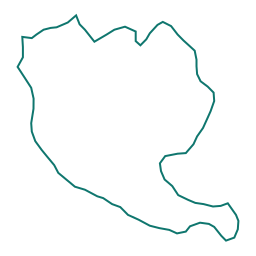 Stylloi, Cyprus
{"feature_id": "46923920B22969958505776", "entity_name": "Stylloi", "entity_type": "district", "adm_level": 2, "iso_a3": "CYP", "parent_name": "Cyprus", "parent_adm1": "", "projection": "natural_earth1", "projection_center": [33.836, 35.162], "detail": "fine", "context": "isolated", "style": "outline", "palette": "teal", "viewbox_px": 256, "rotation_deg": 0, "n_neighbors": 0, "source": "geoboundaries", "source_scale": "gbopen_adm2", "svg_char_len": 1150}
<svg xmlns="http://www.w3.org/2000/svg" viewBox="0 0 256 256"><path d="M76.1,15.4L67.8,22.5L56.6,27.3L50.7,27.9L43.6,29.7L36.5,34.5L31.8,38.1L22.3,36.9L22.9,47.1L22.9,57.3L17.6,66.9L23.5,75.9L31.2,87.8L33.6,98.6L33.5,108.8L31.2,123.2L31.8,131.6L35.3,141.2L41.8,150.1L47.7,157.3L54.2,165.1L58.3,172.9L64.8,178.3L74.9,186.7L84.9,189.7L97.3,196.3L103.2,198.1L112.1,204.1L120.3,207.1L128.0,214.9L138.6,219.7L149.8,225.7L159.3,228.1L169.3,229.9L177.0,233.4L185.8,231.6L190.0,226.3L200.0,222.7L208.9,223.9L214.2,226.9L221.3,235.8L226.0,240.6L234.3,237.6L237.8,229.3L238.4,220.9L236.0,214.9L227.8,203.3L220.7,205.9L213.0,206.5L203.6,204.1L195.3,202.9L188.2,199.9L178.2,195.1L172.3,186.1L164.6,179.5L161.0,171.1L159.9,163.3L165.2,156.1L177.6,153.7L185.8,153.1L193.5,144.2L197.1,136.4L203.0,128.0L207.1,119.0L210.6,111.2L214.2,101.0L213.6,92.6L207.7,86.6L200.6,81.3L197.1,74.1L196.5,66.3L196.5,59.7L194.7,50.7L188.8,45.3L183.5,40.5L177.6,34.5L171.1,26.1L162.8,21.9L157.5,24.9L149.8,33.3L146.3,39.3L140.4,45.3L135.7,41.1L135.7,31.5L125.0,26.7L114.4,29.7L106.7,34.5L94.4,41.7L84.9,29.7L79.6,24.3L76.1,15.4Z" fill="none" stroke="#0f766e" stroke-width="2"/></svg>